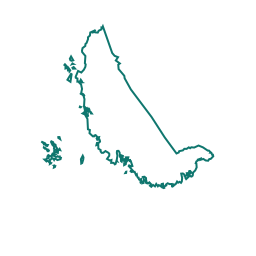 the district of Camarines Norte, Camarines Norte, Philippines, rotated 212°
{"feature_id": "2640588B74898440822212", "entity_name": "Camarines Norte", "entity_type": "district", "adm_level": 2, "iso_a3": "PHL", "parent_name": "Philippines", "parent_adm1": "Camarines Norte", "projection": "orthographic", "projection_center": [122.776, 14.169], "detail": "fine", "context": "isolated", "style": "outline", "palette": "teal", "viewbox_px": 256, "rotation_deg": 212, "n_neighbors": 0, "source": "geoboundaries", "source_scale": "gbopen_adm2", "svg_char_len": 5801}
<svg xmlns="http://www.w3.org/2000/svg" viewBox="0 0 256 256"><g transform="rotate(212 128 128)"><path d="M203.2,200.9L203.0,199.2L203.7,199.1L202.8,197.5L204.4,195.0L204.2,192.9L206.5,191.7L207.6,191.8L208.1,191.4L207.9,191.0L208.2,190.7L208.3,191.2L207.8,193.1L206.8,192.9L207.8,193.2L210.6,189.0L209.3,186.2L210.0,183.7L209.0,182.2L208.2,178.2L208.6,176.7L207.7,174.9L208.9,171.7L208.0,169.2L207.1,168.1L202.3,166.5L198.9,160.1L197.6,159.5L196.6,157.3L196.3,154.1L197.0,150.3L200.6,149.9L199.5,143.6L198.9,142.9L197.1,143.2L195.5,140.5L193.3,142.1L193.6,143.9L192.0,143.2L192.6,142.1L191.3,142.2L193.3,140.6L190.8,140.0L187.7,136.8L186.0,132.2L185.3,132.8L184.4,133.0L183.1,132.8L182.3,132.1L181.3,132.0L182.4,132.0L184.7,132.8L185.3,132.7L185.7,132.2L183.0,131.9L180.2,129.4L176.9,123.3L173.8,122.5L173.2,123.0L172.6,122.5L172.1,123.4L171.5,123.7L169.6,122.5L170.8,122.8L170.7,121.8L168.3,121.9L166.4,121.1L167.1,120.7L168.4,121.7L170.2,121.3L171.5,122.1L171.5,118.1L170.4,117.1L169.4,118.2L168.8,117.6L168.8,117.0L167.5,117.1L168.8,116.7L169.4,118.0L169.5,116.7L168.6,116.3L171.7,117.4L172.4,117.0L167.2,114.2L161.3,105.7L159.3,106.1L157.9,103.2L153.3,102.3L152.2,103.1L152.5,103.9L151.7,104.8L148.7,104.0L147.7,104.9L147.5,104.2L149.0,103.4L149.1,102.6L147.8,101.7L145.5,103.6L145.8,103.1L144.5,101.6L144.9,100.2L146.4,98.9L145.7,96.7L144.4,98.1L142.2,94.8L139.5,94.8L138.8,93.6L137.2,93.0L135.8,93.9L134.9,96.5L131.3,96.6L130.1,96.1L129.2,94.5L129.4,90.7L126.2,90.8L125.1,92.1L123.8,89.5L121.7,90.8L119.9,90.2L119.5,91.0L120.4,94.0L119.8,94.1L120.4,94.4L122.3,98.9L124.3,101.0L125.1,102.6L124.7,103.1L123.9,103.6L122.1,102.7L119.6,99.3L118.1,99.2L119.2,101.3L117.5,101.6L116.4,98.4L117.0,98.0L118.1,98.7L116.4,96.2L115.5,96.1L116.3,98.5L115.7,99.0L114.9,98.5L115.0,99.2L113.1,101.2L114.2,102.0L112.2,103.3L111.4,101.0L111.7,100.0L113.3,99.7L113.4,99.1L113.2,98.1L112.0,97.9L111.7,96.5L112.5,96.0L111.6,94.5L110.7,96.1L111.4,97.7L111.2,100.6L109.4,101.9L108.9,100.9L108.1,101.4L104.1,98.1L104.8,97.2L107.2,96.9L107.2,96.1L99.5,93.9L99.1,94.3L96.3,92.4L96.0,93.4L94.4,91.7L93.3,91.1L92.7,91.5L91.4,90.2L90.6,90.2L89.9,91.6L88.4,89.6L88.8,88.7L88.4,88.4L88.0,89.6L86.7,89.4L86.5,88.8L85.7,89.6L86.9,91.3L87.0,92.6L89.4,94.4L88.2,95.4L86.2,95.1L85.0,93.3L85.5,92.7L84.5,92.8L84.2,91.6L84.4,92.0L84.7,91.9L83.5,91.0L82.5,91.2L82.6,91.9L81.4,91.9L81.1,93.2L78.8,92.6L78.9,90.7L77.1,90.5L76.6,93.0L74.2,92.8L74.4,95.5L71.8,94.4L71.6,95.9L69.2,95.9L69.8,98.3L68.8,99.3L67.5,97.9L67.2,95.8L65.8,96.0L65.5,96.5L66.5,97.2L65.1,99.6L65.8,100.3L65.1,102.1L62.9,102.5L61.1,103.8L59.7,101.8L59.2,101.9L58.7,103.2L59.1,104.5L58.3,104.6L57.8,105.9L58.0,108.6L56.5,108.2L55.7,109.7L54.0,109.6L54.0,111.1L55.6,114.3L58.7,117.5L57.4,118.5L55.7,118.4L54.7,117.4L54.0,118.1L53.0,116.2L51.6,115.5L50.7,118.9L51.4,119.5L52.7,119.1L53.7,120.3L51.8,120.3L53.6,121.3L52.7,122.0L53.2,124.0L52.5,124.5L50.5,123.8L51.5,121.2L51.0,120.1L48.3,120.6L47.9,121.9L49.2,124.7L48.5,127.6L48.9,131.0L51.2,134.1L51.9,134.0L52.3,135.8L51.5,137.7L52.0,138.2L50.1,140.6L49.7,139.4L47.7,141.7L45.0,141.6L42.7,142.7L42.6,144.7L41.5,145.6L40.7,149.2L41.8,150.3L42.4,149.9L44.1,151.1L45.0,150.7L44.9,151.2L47.5,151.7L48.4,151.1L54.2,151.3L58.9,150.5L61.5,146.5L64.1,145.2L64.6,143.8L66.2,143.8L67.2,141.4L69.2,140.2L69.6,138.1L72.3,135.5L72.0,134.1L73.4,132.1L91.9,139.5L113.8,149.8L146.0,162.2L157.2,168.4L158.8,170.3L167.2,173.0L169.8,176.5L169.1,178.4L174.1,178.8L174.0,182.8L177.6,182.1L181.1,183.2L203.2,200.9ZM179.4,56.4L178.8,57.5L177.4,57.7L176.6,61.5L175.0,62.5L173.8,61.8L173.9,62.8L172.8,63.5L170.9,63.4L168.7,65.8L169.1,67.2L170.1,67.0L170.8,67.7L171.9,66.6L172.7,66.8L173.7,65.2L176.9,65.1L175.7,66.9L178.4,66.3L178.2,64.4L177.3,63.0L181.2,62.8L181.3,61.6L180.0,61.8L179.2,60.1L180.7,59.5L180.7,58.0L182.1,57.0L179.4,56.4ZM184.0,76.3L185.9,76.1L185.9,75.4L183.1,73.6L180.7,73.1L179.8,71.1L178.3,71.1L178.5,69.3L177.8,68.7L177.1,68.3L177.0,69.0L174.3,69.7L175.3,71.7L176.6,71.0L177.3,71.5L177.0,73.0L179.3,74.0L180.6,75.4L182.7,75.2L184.0,76.3ZM201.3,136.7L204.3,143.7L205.0,143.7L204.9,136.8L201.3,136.7ZM151.4,76.6L148.8,73.1L148.3,74.0L149.2,77.4L150.2,79.5L151.7,80.5L151.4,76.6ZM174.2,116.3L173.1,116.4L172.6,117.2L172.3,120.0L173.1,122.0L172.6,122.2L173.3,122.8L173.4,122.4L175.5,122.1L174.8,122.5L176.2,122.5L177.4,123.6L173.7,120.0L173.4,117.9L174.2,116.3ZM212.7,154.9L211.3,155.2L210.3,156.4L214.2,158.5L214.0,155.9L212.7,154.9ZM212.6,145.4L211.2,147.5L215.2,148.6L215.3,147.8L214.1,147.8L212.6,145.4ZM188.1,69.5L186.9,70.0L187.0,71.1L188.6,70.3L190.3,71.1L194.3,70.6L191.0,70.2L190.6,69.5L189.2,70.2L188.1,69.5ZM207.0,149.6L206.2,149.1L204.4,150.3L206.4,150.9L207.0,149.6ZM209.5,145.1L208.3,146.6L210.6,147.5L210.5,146.2L209.5,145.1ZM179.7,82.6L181.3,84.0L182.3,83.4L181.9,82.7L179.7,82.6ZM183.9,65.7L183.1,66.2L183.2,66.9L184.7,66.4L183.9,65.7ZM103.6,92.7L101.6,92.6L100.9,93.3L101.9,93.5L103.6,92.7ZM172.0,122.0L171.0,122.8L171.2,123.4L172.0,123.2L172.0,122.0ZM169.9,55.2L169.3,56.1L169.5,57.0L170.4,56.4L169.9,55.2ZM207.6,144.9L207.5,146.1L208.3,146.5L208.1,145.4L207.6,144.9ZM175.3,56.3L174.6,57.0L174.6,57.5L175.9,57.0L175.3,56.3ZM174.9,74.0L175.0,72.9L173.8,73.3L174.9,74.0ZM187.6,66.5L187.5,67.1L189.1,67.0L189.0,66.7L187.6,66.5ZM176.6,57.4L176.2,57.6L175.4,57.6L176.9,58.4L176.6,57.4ZM179.9,120.1L179.1,120.4L179.0,120.9L180.1,120.7L179.9,120.1ZM106.4,88.4L105.8,88.9L106.3,90.0L106.5,89.8L106.4,88.4ZM209.3,153.3L209.3,152.6L209.0,153.0L208.7,153.1L208.4,153.3L209.3,153.3ZM173.0,122.0L172.4,121.7L172.5,122.2L173.0,122.0ZM177.5,67.9L176.9,67.6L177.4,68.2L177.5,67.9ZM186.1,66.8L185.6,66.6L185.4,67.0L186.1,66.8ZM170.7,57.1L170.1,57.1L170.5,57.3L170.7,57.1ZM175.5,55.3L174.8,55.1L175.1,55.3L175.5,55.3ZM208.7,145.2L208.5,145.6L208.5,146.1L208.7,145.2Z" fill="none" stroke="#0f766e" stroke-width="2"/></g></svg>